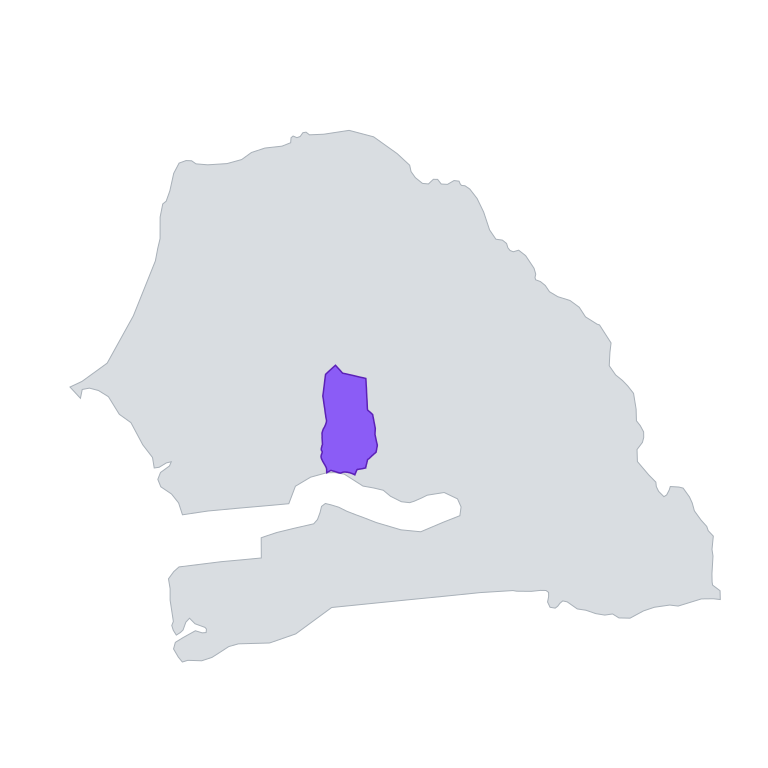 Koungheul, Kaffrine, Senegal (highlighted), rotated 354°
{"feature_id": "50182788B42114348275286", "entity_name": "Koungheul", "entity_type": "district", "adm_level": 2, "iso_a3": "SEN", "parent_name": "Senegal", "parent_adm1": "Kaffrine", "projection": "natural_earth1", "projection_center": [-14.806, 14.237], "detail": "fine", "context": "in_parent", "style": "filled", "palette": "violet", "viewbox_px": 768, "rotation_deg": 354, "n_neighbors": 0, "source": "geoboundaries", "source_scale": "gbopen_adm2", "svg_char_len": 8183}
<svg xmlns="http://www.w3.org/2000/svg" viewBox="0 0 768 768"><g transform="rotate(354 384 384)"><path d="M604.5,347.8L614.1,366.9L612.0,376.1L609.9,389.4L615.3,399.2L621.6,405.5L626.2,411.4L631.2,419.4L632.1,435.4L631.2,447.0L634.5,452.2L637.2,458.8L636.7,464.3L634.9,469.1L628.8,475.6L627.9,487.6L637.8,502.1L644.1,510.0L644.1,514.5L645.9,519.5L650.6,525.3L653.5,523.9L656.6,519.2L658.0,515.9L666.5,517.3L670.6,518.8L676.0,528.3L678.1,534.6L679.4,542.6L685.1,552.5L690.1,559.4L691.1,563.8L695.6,569.7L692.9,582.8L693.2,589.5L690.3,607.0L689.6,615.3L689.8,618.4L696.6,624.7L695.9,633.5L689.1,632.0L677.2,630.9L653.3,635.6L645.1,633.7L629.5,634.3L618.3,636.8L604.2,642.6L593.2,641.2L587.3,636.6L579.4,636.9L570.6,634.5L561.2,630.1L552.7,627.9L543.4,619.8L539.1,618.4L536.0,620.5L533.5,623.2L530.8,624.8L525.8,623.4L523.9,617.9L525.5,612.6L525.9,608.5L523.6,606.3L517.9,605.6L508.8,605.6L494.1,603.9L490.7,602.9L457.8,601.5L423.7,601.4L394.8,601.2L358.2,601.0L332.6,600.9L308.6,600.8L290.1,611.6L270.1,623.3L243.1,629.6L212.1,627.2L202.2,628.9L192.0,634.1L184.4,637.9L173.8,640.2L160.0,638.3L154.4,639.4L150.9,634.1L147.0,625.5L149.5,619.1L157.9,615.1L170.6,609.7L177.2,612.5L181.1,612.6L181.8,609.2L180.6,607.4L171.0,602.7L166.1,596.6L162.0,600.2L158.4,607.7L155.5,609.9L151.2,612.0L148.7,606.9L147.7,602.0L149.7,598.1L148.7,576.6L149.9,565.2L149.3,555.2L155.3,548.6L161.0,544.5L183.1,544.1L203.7,543.7L223.6,544.0L243.8,544.2L245.8,524.1L252.2,522.6L261.8,520.5L279.6,518.1L299.5,515.7L303.7,511.8L307.0,505.1L309.1,499.2L313.2,496.7L318.8,498.7L326.1,501.8L333.6,506.6L342.3,511.1L348.1,513.9L361.9,521.0L385.6,530.8L405.1,534.8L428.7,527.6L445.7,522.9L447.8,514.3L445.1,505.9L432.5,498.2L415.3,499.1L410.0,501.1L401.9,503.7L397.1,504.7L389.0,502.9L378.7,496.3L372.2,489.6L363.1,486.4L352.4,483.3L335.1,469.5L326.1,467.0L317.6,466.3L301.2,469.0L285.2,476.4L276.8,493.1L260.8,492.9L226.8,492.3L195.6,491.9L169.9,493.0L167.3,480.8L161.2,471.2L151.3,462.9L149.1,455.2L152.5,448.6L162.1,443.1L164.3,439.1L159.3,439.7L151.7,443.3L146.7,443.5L146.1,432.9L137.7,419.2L128.3,396.0L117.6,386.5L108.6,367.8L99.3,360.6L90.6,357.3L83.3,357.9L80.6,366.5L71.4,354.2L84.0,349.8L110.9,334.3L141.8,290.1L169.5,237.7L173.2,225.4L176.5,216.0L178.8,194.6L182.8,181.8L186.5,179.4L191.2,169.6L196.9,152.5L203.3,142.9L210.5,141.1L216.0,141.9L220.0,145.4L231.6,147.6L250.9,148.4L265.9,145.9L276.4,139.9L290.2,136.9L307.4,136.8L316.4,134.3L317.3,129.4L319.5,127.9L323.1,129.9L326.5,129.1L329.6,125.6L332.8,125.4L335.9,128.4L350.2,129.3L375.8,128.1L399.5,137.1L421.2,156.3L432.4,169.1L433.1,175.6L436.7,182.0L443.2,188.5L449.1,189.7L454.5,185.6L458.7,186.1L461.8,191.1L468.0,192.1L474.9,189.0L479.8,190.1L480.7,193.0L481.8,194.6L485.2,195.3L489.7,199.1L496.0,209.3L501.1,223.5L505.1,241.8L510.4,251.7L516.8,253.3L520.6,257.1L521.4,261.4L523.3,264.4L526.4,266.0L531.9,265.0L538.3,271.2L545.3,284.6L546.4,290.6L545.3,293.9L545.7,296.2L550.3,298.5L554.7,302.9L558.2,309.5L565.9,315.3L577.7,320.4L586.2,328.1L591.4,338.3L602.2,346.8L604.5,347.8Z" fill="#d9dde1" stroke="#a8b0b8" stroke-width="1"/><path d="M317.9,466.3L318.0,466.2L318.3,465.9L319.0,465.7L319.4,465.5L319.9,465.3L320.4,465.1L320.9,464.9L321.9,464.4L322.4,464.4L323.1,464.7L323.9,465.1L325.6,465.7L327.2,466.4L328.4,467.0L328.5,467.0L328.9,467.1L329.0,467.2L329.2,467.3L329.3,467.4L329.6,467.5L329.9,467.5L330.4,467.7L330.5,467.8L330.8,467.8L331.0,467.9L331.5,468.1L331.8,468.0L332.0,468.0L332.3,467.9L332.6,467.8L332.9,467.7L333.1,467.6L333.4,467.6L333.7,467.5L333.9,467.4L334.2,467.4L334.5,467.4L334.8,467.4L335.1,467.4L335.4,467.4L335.7,467.4L336.0,467.5L336.5,467.5L336.8,467.6L337.1,467.7L337.3,467.7L337.5,467.7L337.6,467.8L337.8,467.9L338.1,467.9L338.3,467.9L338.5,467.9L338.8,468.0L339.1,468.2L339.4,468.3L339.7,468.4L340.0,468.4L340.1,468.5L340.4,468.5L340.5,468.6L340.8,468.7L341.1,468.8L341.3,469.0L341.5,469.1L341.8,469.2L342.2,469.4L342.4,469.5L342.6,469.6L342.8,469.6L343.0,469.8L343.3,470.0L343.8,470.2L343.9,470.3L344.3,470.4L344.4,470.6L344.6,470.7L344.9,470.8L345.0,471.0L345.4,471.3L345.5,471.3L345.5,471.2L345.7,470.9L345.6,470.5L345.8,470.3L346.0,470.2L346.2,469.7L346.3,469.6L346.5,469.5L346.7,469.0L346.8,468.8L347.0,468.5L347.0,468.3L347.2,468.1L347.4,467.7L347.6,467.4L347.8,467.0L348.0,466.6L348.3,466.5L348.4,466.3L348.5,466.2L348.8,466.1L349.2,466.2L349.6,466.2L350.2,466.1L350.8,466.1L351.2,466.0L351.7,466.1L352.3,466.0L352.9,466.0L353.4,466.0L353.7,465.9L354.4,465.9L355.2,465.7L355.9,465.7L356.6,465.6L356.9,465.5L357.0,465.5L357.0,465.4L357.1,465.0L357.2,464.4L357.5,464.1L357.6,463.8L357.6,463.4L357.8,462.9L358.0,462.5L358.2,461.9L358.5,461.2L358.7,460.5L358.9,459.9L359.2,459.2L359.4,458.5L359.7,457.7L359.8,457.4L360.2,457.2L360.8,456.9L361.1,456.7L361.4,456.6L361.9,456.2L362.3,455.9L362.5,455.6L363.1,455.3L363.4,455.0L363.8,454.7L364.0,454.6L364.4,454.3L364.6,453.9L365.2,453.7L365.6,453.4L365.9,453.2L366.4,452.7L366.8,452.5L367.2,452.3L367.7,452.0L368.0,451.6L368.4,451.4L368.6,451.1L369.0,451.0L369.1,450.7L369.2,450.2L369.3,449.9L369.4,449.7L369.5,449.2L369.7,448.7L369.8,448.4L369.9,448.0L370.0,447.6L370.0,447.2L370.2,446.8L370.3,446.5L370.4,446.2L370.5,445.9L370.6,445.6L370.7,445.3L370.8,445.0L370.8,444.7L370.9,444.2L371.0,444.0L371.0,443.9L370.9,443.8L370.9,443.7L370.8,443.2L370.8,442.8L370.8,442.6L370.7,442.0L370.6,441.7L370.6,441.4L370.6,441.0L370.5,440.8L370.5,440.3L370.4,439.9L370.4,439.3L370.4,439.1L370.3,438.8L370.3,438.5L370.3,438.1L370.2,437.8L370.2,437.6L370.2,437.2L370.1,436.9L370.1,436.6L370.1,435.9L370.0,435.7L370.0,435.4L369.9,435.1L369.9,434.8L369.9,434.5L369.9,434.2L369.8,433.8L369.8,433.6L369.8,433.4L369.7,433.2L369.8,432.7L369.9,432.3L369.9,432.2L370.0,431.8L370.0,431.6L370.0,431.2L370.1,430.8L370.1,430.7L370.2,430.4L370.2,430.2L370.3,429.9L370.3,429.5L370.4,429.3L370.4,429.1L370.5,428.8L370.5,428.5L370.5,428.2L370.6,427.9L370.6,427.7L370.7,427.4L370.7,427.1L370.7,426.9L370.6,426.6L370.6,426.2L370.6,425.8L370.5,425.5L370.5,425.2L370.5,424.8L370.5,424.7L370.4,424.5L370.4,424.2L370.4,423.9L370.4,423.5L370.4,423.2L370.3,422.8L370.3,422.4L370.3,422.2L370.2,421.9L370.2,421.6L370.2,421.3L370.2,421.1L370.1,420.9L370.1,420.7L370.1,420.3L370.1,420.1L370.1,419.9L370.0,419.5L370.0,419.3L370.0,419.1L370.0,418.6L370.0,418.3L369.9,418.1L369.9,417.9L369.9,417.7L369.9,417.3L369.8,417.2L369.8,416.9L369.8,416.5L369.8,416.1L369.7,415.7L369.7,415.4L369.6,415.1L369.6,414.8L369.6,414.4L369.6,414.1L369.6,413.6L369.5,413.3L369.5,413.2L369.4,413.0L369.2,412.8L369.1,412.7L368.8,412.4L368.6,412.1L368.4,411.9L368.2,411.6L368.0,411.4L367.6,411.0L367.2,410.5L366.8,410.1L366.5,409.8L366.2,409.5L365.9,409.2L365.5,408.8L365.3,408.6L365.1,408.4L365.0,408.1L364.9,406.8L365.0,405.0L365.2,401.8L365.4,398.7L365.5,395.5L365.7,392.3L365.8,390.2L365.9,389.1L366.1,385.9L366.2,382.7L366.3,381.2L366.4,379.5L366.5,376.6L363.8,375.6L360.9,374.7L358.1,373.7L355.3,372.7L353.6,372.1L352.4,371.7L349.7,370.8L346.8,369.8L343.9,368.9L341.9,366.0L339.8,363.2L337.7,360.3L334.9,362.3L332.2,364.3L329.5,366.3L328.6,367.0L326.9,368.3L326.2,371.1L326.2,371.3L325.7,373.3L325.3,375.0L324.8,377.3L324.3,379.5L323.6,382.4L323.2,384.2L322.9,385.4L322.9,385.6L322.7,386.3L321.9,389.5L321.9,390.1L322.0,391.5L322.1,392.9L322.1,394.3L322.2,395.6L322.2,396.0L322.2,397.2L322.3,398.4L322.3,399.6L322.5,402.7L322.5,404.8L322.6,407.6L322.7,409.1L322.7,410.6L323.0,413.7L323.0,414.3L322.9,415.0L322.6,416.1L322.3,416.8L321.8,417.9L321.4,418.7L321.4,418.8L321.2,419.0L320.5,420.3L320.0,421.0L319.0,422.3L318.7,422.9L318.3,423.7L318.2,423.9L317.5,425.6L317.2,426.3L317.1,428.1L317.0,429.7L316.8,430.8L316.7,433.2L316.6,435.5L316.5,437.8L315.8,439.0L315.5,440.1L315.0,441.2L314.9,441.7L314.7,443.0L315.0,443.8L315.2,444.1L315.4,444.5L315.5,444.7L315.5,445.1L315.4,445.5L315.3,445.8L315.2,446.1L315.0,446.4L314.8,447.0L314.5,447.5L314.2,448.0L314.1,448.4L313.9,449.1L313.8,449.4L313.8,450.0L313.8,450.5L313.9,451.2L314.0,451.6L314.1,451.8L314.3,452.7L314.5,453.0L314.7,453.7L315.0,454.6L315.4,455.4L315.8,456.3L316.0,456.8L316.7,458.3L317.1,459.1L317.1,459.3L317.4,460.0L317.9,461.4L318.0,462.4L318.0,463.3L317.9,464.5L317.8,465.2L317.8,466.0L317.9,466.3Z" fill="#8b5cf6" stroke="#5b21b6" stroke-width="1.5"/></g></svg>